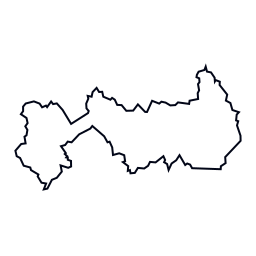 outline of Nong Ya Plong, Phetchaburi, Thailand
{"feature_id": "78962969B63755110473004", "entity_name": "Nong Ya Plong", "entity_type": "district", "adm_level": 2, "iso_a3": "THA", "parent_name": "Thailand", "parent_adm1": "Phetchaburi", "projection": "natural_earth1", "projection_center": [99.458, 13.138], "detail": "medium", "context": "isolated", "style": "outline", "palette": "ink", "viewbox_px": 256, "rotation_deg": 0, "n_neighbors": 0, "source": "geoboundaries", "source_scale": "gbopen_adm2", "svg_char_len": 1832}
<svg xmlns="http://www.w3.org/2000/svg" viewBox="0 0 256 256"><path d="M51.1,101.5L47.1,107.1L46.0,105.6L42.1,107.3L39.6,103.6L33.9,101.4L25.7,103.5L23.1,106.6L23.1,111.2L20.9,114.2L26.5,118.0L27.6,123.1L25.3,126.3L27.4,129.9L26.5,135.3L24.5,136.7L25.6,143.4L21.2,144.0L15.4,150.7L16.7,156.2L20.1,158.0L23.7,165.7L30.3,167.5L31.0,170.1L38.4,174.5L37.7,176.4L41.5,182.7L46.1,183.5L43.8,189.4L47.4,188.6L51.9,179.8L56.8,177.8L61.8,171.6L60.6,165.4L68.2,167.8L71.1,166.5L71.0,160.9L67.8,159.8L67.8,157.6L66.3,157.4L67.2,156.2L64.8,154.0L65.8,153.1L61.0,146.2L65.2,145.0L67.7,141.6L71.6,142.3L79.2,134.3L90.3,128.6L92.3,126.0L104.2,136.3L107.5,142.3L109.6,141.7L112.2,147.4L113.0,155.0L119.2,153.3L124.2,155.2L125.1,161.2L122.9,162.1L128.2,166.1L127.8,170.9L129.9,170.1L130.5,173.3L134.8,172.9L137.9,167.9L144.2,168.5L148.1,165.8L150.0,161.9L155.6,162.4L163.4,156.2L165.1,160.0L164.1,162.2L167.1,164.0L168.6,170.0L171.6,163.5L176.2,160.3L179.5,155.2L185.2,165.0L187.2,163.5L190.1,164.6L192.1,168.2L220.7,169.2L220.9,166.2L225.6,163.1L225.2,157.1L240.6,140.8L240.5,135.7L237.0,125.4L238.2,121.2L236.1,120.4L236.7,114.6L238.9,112.2L232.4,110.0L230.4,103.0L225.9,100.6L227.2,94.6L219.6,85.0L219.8,81.7L215.7,80.1L214.9,81.4L214.6,77.7L211.0,72.4L207.0,71.6L205.7,66.6L204.4,70.0L198.6,71.7L196.9,74.8L196.5,77.2L199.2,78.3L199.5,82.1L198.0,84.1L199.1,90.3L197.7,93.2L198.1,99.0L189.6,100.7L189.1,103.9L178.0,102.4L175.3,105.1L170.3,105.4L165.6,102.6L161.4,101.7L159.2,103.6L152.1,100.8L147.0,112.0L145.1,111.9L137.9,104.4L133.2,110.6L126.3,110.8L121.6,105.1L117.2,104.9L114.8,99.7L112.1,97.9L110.4,99.7L103.3,96.7L102.2,91.8L99.1,92.0L96.6,87.9L92.6,92.1L91.6,96.7L87.7,95.9L88.3,98.7L86.2,103.6L86.5,108.4L88.7,111.0L88.0,113.1L71.1,123.9L62.6,109.9L56.8,103.4L53.1,104.1L51.1,101.5Z" fill="none" stroke="#020617" stroke-width="2"/></svg>